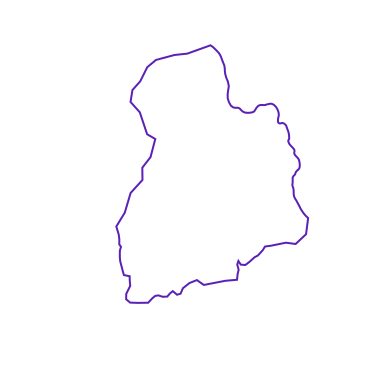 Mobaye, Basse-Kotto, Central African Republic, rotated 220°
{"feature_id": "33826404B98868976507956", "entity_name": "Mobaye", "entity_type": "district", "adm_level": 2, "iso_a3": "CAF", "parent_name": "Central African Republic", "parent_adm1": "Basse-Kotto", "projection": "albers", "projection_center": [21.19, 4.52], "detail": "fine", "context": "isolated", "style": "outline", "palette": "violet", "viewbox_px": 384, "rotation_deg": 220, "n_neighbors": 0, "source": "geoboundaries", "source_scale": "gbopen_adm2", "svg_char_len": 2418}
<svg xmlns="http://www.w3.org/2000/svg" viewBox="0 0 384 384"><g transform="rotate(220 192 192)"><path d="M227.8,116.9L220.9,112.4L217.5,109.3L214.0,105.1L211.2,104.4L209.5,100.6L205.4,95.7L202.6,92.9L194.3,87.0L190.8,84.6L185.6,87.4L183.2,84.6L179.0,80.4L176.9,71.7L173.5,67.5L168.3,67.5L162.4,72.1L154.4,79.0L154.1,84.9L153.4,88.7L151.3,91.2L147.1,92.9L143.7,96.0L143.7,100.2L143.0,103.7L141.3,103.7L137.4,103.7L135.4,106.8L137.1,112.4L135.4,120.7L131.6,127.7L127.5,128.0L123.2,128.4L109.4,145.4L101.1,153.7L104.2,158.3L106.3,162.4L110.8,165.6L112.1,169.0L108.0,167.7L104.2,170.4L103.1,175.3L102.1,182.3L100.7,185.7L100.4,192.7L101.0,197.2L96.9,201.7L87.5,213.5L79.2,218.8L77.5,233.0L86.3,246.7L87.4,246.8L88.7,246.8L91.0,247.1L93.5,247.6L95.9,248.3L98.1,249.0L100.7,250.2L106.8,252.6L108.8,253.2L110.9,254.2L112.5,255.5L115.4,258.8L117.2,260.3L119.3,261.5L120.0,262.5L121.4,264.5L123.8,267.3L124.3,268.1L124.5,268.9L124.5,269.8L124.4,270.7L124.4,271.5L124.5,272.2L124.9,272.9L125.2,274.0L125.3,275.0L125.3,275.9L125.0,276.8L125.0,277.6L125.0,278.4L125.2,279.6L125.7,280.5L126.9,282.1L128.3,283.5L129.4,284.4L131.2,285.6L133.2,286.1L135.3,286.3L137.5,286.7L138.8,287.6L139.8,289.3L140.6,290.0L141.6,290.4L143.6,290.7L146.4,291.0L148.7,291.5L150.0,292.2L151.1,293.0L151.4,293.5L151.5,293.8L151.5,294.3L151.6,294.8L151.9,295.4L153.6,297.3L155.0,298.6L156.3,299.7L157.6,300.5L160.1,301.9L161.4,302.7L162.5,303.4L163.5,303.6L164.4,303.6L165.5,303.6L166.4,303.3L167.3,302.9L167.7,302.5L168.0,301.8L168.5,301.2L168.9,300.9L169.7,300.6L170.6,300.7L171.4,301.2L172.3,302.2L173.5,304.0L174.2,305.5L175.0,306.8L176.5,308.3L178.3,309.5L180.1,310.4L182.0,311.1L183.7,311.3L185.5,311.4L187.3,310.9L188.7,310.1L190.8,307.4L191.9,305.6L193.3,304.4L195.1,303.0L196.2,301.6L196.7,300.1L196.7,297.5L196.3,295.2L196.2,293.6L196.6,292.5L197.8,290.8L199.9,288.7L202.1,287.1L204.4,286.3L206.8,286.3L208.8,286.6L210.5,286.3L211.7,285.5L212.9,284.3L214.9,283.3L217.6,283.1L221.5,284.6L224.7,286.6L227.3,289.5L229.6,293.0L231.7,296.6L235.4,299.6L239.1,301.5L242.2,303.6L244.6,305.8L246.5,307.9L248.6,309.7L254.0,312.6L256.9,314.3L259.2,315.3L261.2,315.8L264.8,316.2L268.7,316.5L272.1,316.3L284.6,294.9L293.4,285.8L304.5,270.0L306.5,258.8L302.8,243.5L303.2,231.9L297.0,221.5L283.2,219.5L263.5,207.4L254.2,209.0L246.2,192.1L245.7,178.7L237.7,169.4L238.4,151.8L230.2,132.9L227.8,116.9Z" fill="none" stroke="#5b21b6" stroke-width="2"/></g></svg>